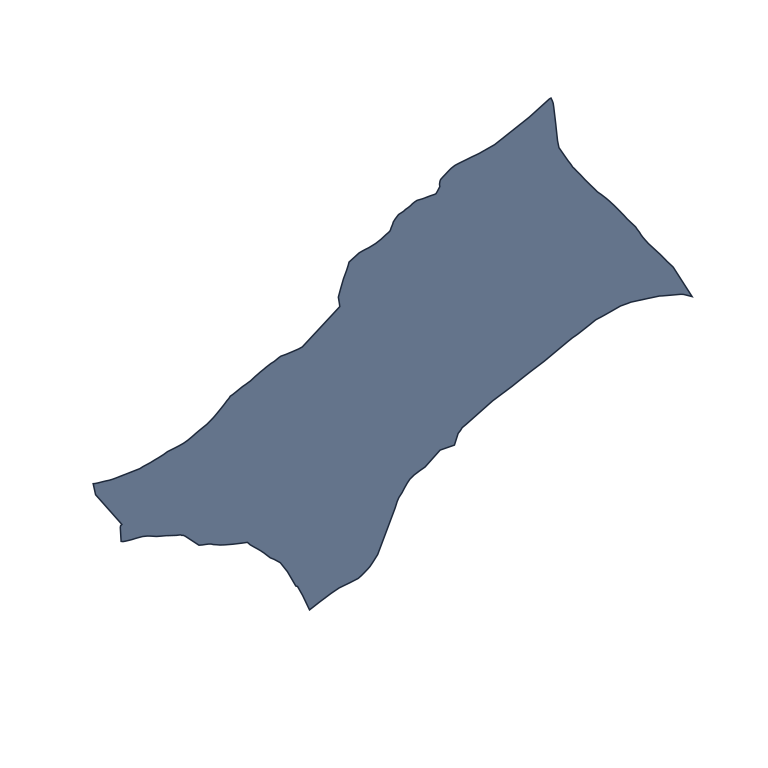 Cap Estate/Saddle Back, Gros Islet, Saint Lucia (Equal Earth projection), rotated 237°
{"feature_id": "8701671B10713626030510", "entity_name": "Cap Estate/Saddle Back", "entity_type": "district", "adm_level": 2, "iso_a3": "LCA", "parent_name": "Saint Lucia", "parent_adm1": "Gros Islet", "projection": "equal_earth", "projection_center": [-60.942, 14.101], "detail": "fine", "context": "isolated", "style": "filled", "palette": "slate", "viewbox_px": 768, "rotation_deg": 237, "n_neighbors": 0, "source": "geoboundaries", "source_scale": "gbopen_adm2", "svg_char_len": 3659}
<svg xmlns="http://www.w3.org/2000/svg" viewBox="0 0 768 768"><g transform="rotate(237 384 384)"><path d="M532.9,679.8L533.0,677.9L528.7,651.2L524.5,607.2L525.4,591.9L525.5,589.8L526.0,585.8L526.6,581.7L527.3,575.4L528.0,569.7L528.4,566.2L528.7,562.8L528.6,560.9L528.3,557.8L527.9,555.8L527.2,552.8L526.4,549.6L525.6,546.2L524.7,542.9L523.6,541.4L521.4,539.4L519.1,538.3L518.2,536.6L516.6,533.8L515.3,531.2L515.5,529.6L516.6,525.4L518.4,517.0L520.0,511.8L520.0,509.2L519.7,506.0L519.1,503.4L518.8,500.5L518.7,497.1L518.2,494.5L518.2,492.2L518.2,488.5L517.6,486.8L516.4,483.5L514.8,480.0L513.3,478.3L511.0,474.9L509.8,473.5L509.0,472.1L508.6,470.1L508.2,467.0L507.0,460.3L506.4,453.6L506.5,448.9L506.6,445.4L507.0,442.1L507.3,438.6L507.5,434.5L505.3,421.1L503.2,418.8L499.6,414.4L494.4,407.4L487.2,399.1L481.7,393.0L476.2,390.6L473.0,389.1L459.6,335.7L459.9,331.5L461.0,324.9L462.3,317.7L462.7,316.0L463.5,312.7L463.4,310.2L462.7,304.0L462.8,300.4L462.3,294.4L461.8,290.4L461.4,286.6L461.0,284.0L460.5,280.2L459.9,276.9L459.3,273.6L459.2,271.1L459.0,268.4L458.9,263.9L458.4,259.3L457.6,251.8L457.5,248.4L456.4,246.1L455.6,243.3L453.8,238.5L452.2,233.7L450.1,227.2L448.7,222.5L447.5,217.3L446.7,213.7L446.2,208.9L445.7,204.1L445.1,199.3L444.3,193.9L443.7,188.8L443.5,183.5L443.8,178.6L444.3,173.5L444.8,169.1L445.2,165.5L444.9,160.9L445.0,154.4L445.2,150.3L445.3,145.1L446.0,136.9L446.0,133.2L451.6,106.0L452.0,104.3L452.9,101.2L454.2,97.9L455.4,94.5L456.8,90.3L457.9,87.5L458.8,85.8L448.2,81.8L409.0,87.7L408.6,85.9L407.3,84.7L395.2,77.8L394.0,79.2L393.0,81.6L391.7,85.2L390.8,87.9L389.7,91.9L387.6,98.4L385.4,102.7L383.5,105.5L380.0,110.2L377.5,114.8L375.5,118.6L373.7,121.5L371.6,125.0L370.2,127.3L368.3,131.2L367.1,132.0L366.5,133.2L364.6,134.4L349.6,141.0L348.0,143.9L346.7,146.8L345.3,149.7L343.9,151.9L342.3,153.4L340.2,156.3L338.3,158.7L335.9,162.7L332.2,169.5L328.1,177.8L325.6,183.2L322.0,184.2L317.9,186.3L314.4,188.2L312.0,189.4L307.7,191.3L303.4,192.8L300.1,194.0L296.7,196.4L290.6,199.7L280.0,200.7L279.4,200.8L262.6,200.0L261.3,201.2L254.5,200.8L251.1,200.6L235.1,198.5L236.2,210.7L237.2,225.4L237.3,230.2L237.4,235.3L235.8,248.3L235.0,256.6L235.7,261.1L236.6,265.2L237.7,269.8L238.6,272.9L240.7,277.8L244.4,285.8L248.9,291.9L250.0,293.4L274.0,325.9L278.3,331.1L280.7,334.7L283.0,339.9L285.6,344.5L288.2,349.5L290.1,353.9L291.3,359.8L291.8,366.8L292.0,373.2L298.0,395.1L294.4,409.8L302.2,419.3L303.4,422.9L303.8,423.7L304.8,425.8L305.4,430.8L310.7,465.9L312.3,490.2L313.6,502.9L314.5,512.8L314.8,516.6L315.8,530.6L319.4,560.6L320.1,567.1L320.2,571.6L320.3,573.9L320.5,576.0L321.4,585.8L322.5,596.5L322.2,600.2L322.0,601.8L321.6,607.5L321.1,616.1L320.9,619.6L320.6,625.0L320.1,626.9L319.7,628.8L318.9,632.1L318.2,635.6L311.8,652.5L310.7,655.3L307.7,663.1L306.6,664.9L306.1,665.8L303.2,671.2L297.9,681.2L296.8,682.9L295.9,684.1L293.1,686.7L289.5,690.0L309.1,690.1L324.4,690.2L326.3,689.8L332.9,688.1L334.8,687.8L337.6,687.2L342.5,686.2L345.0,685.5L349.8,684.3L353.7,683.3L357.9,682.2L360.1,681.9L362.4,681.5L364.0,681.3L366.1,681.0L369.7,680.8L371.0,680.9L372.4,680.9L376.1,680.6L377.6,680.6L378.7,680.6L390.1,677.8L394.7,677.1L396.2,676.8L397.0,676.6L400.8,675.9L401.5,675.7L402.6,675.5L408.7,674.2L412.1,673.3L414.2,672.8L418.3,671.6L424.9,669.3L426.0,668.8L429.0,667.6L431.5,667.1L433.4,666.7L434.2,666.5L438.9,665.4L446.1,663.8L449.7,663.2L452.6,662.7L457.5,661.6L460.9,661.0L461.7,660.8L463.0,660.4L465.6,660.4L467.6,660.3L469.6,660.1L470.4,660.0L476.1,659.8L482.6,659.6L486.2,659.5L486.8,659.4L493.4,662.0L504.7,667.7L507.8,669.3L523.6,677.1L527.3,678.8L529.8,679.4L532.9,679.8Z" fill="#64748b" stroke="#1e293b" stroke-width="1.5"/></g></svg>